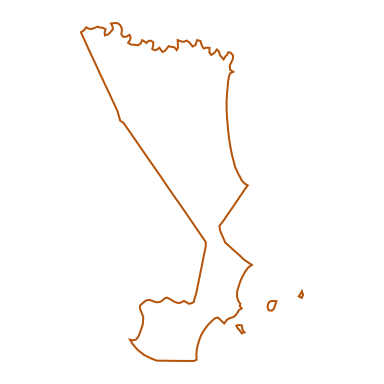 Cabo Frio, Rio de Janeiro, Brazil (Mercator projection)
{"feature_id": "56859067B63803559021809", "entity_name": "Cabo Frio", "entity_type": "district", "adm_level": 2, "iso_a3": "BRA", "parent_name": "Brazil", "parent_adm1": "Rio de Janeiro", "projection": "mercator", "projection_center": [-42.045, -22.737], "detail": "fine", "context": "isolated", "style": "outline", "palette": "amber", "viewbox_px": 384, "rotation_deg": 0, "n_neighbors": 0, "source": "geoboundaries", "source_scale": "gbopen_adm2", "svg_char_len": 3526}
<svg xmlns="http://www.w3.org/2000/svg" viewBox="0 0 384 384"><path d="M120.2,120.7L123.5,122.8L148.7,159.3L151.9,163.9L160.7,176.5L164.9,182.8L170.8,191.4L174.5,196.7L176.2,199.2L178.0,201.6L192.6,222.8L194.4,225.4L198.0,230.8L200.8,234.8L203.5,238.7L205.8,242.2L205.7,246.5L205.1,249.6L204.3,253.3L203.6,256.9L202.8,260.7L202.1,264.6L201.4,268.0L200.7,271.1L200.2,273.9L199.6,276.9L199.0,279.5L198.3,283.3L197.5,286.9L196.9,290.1L196.1,293.9L194.8,297.7L193.7,302.2L191.5,303.2L188.8,303.8L186.4,302.2L183.9,300.9L181.3,302.4L178.8,303.1L176.3,302.5L173.6,301.3L170.1,299.1L166.9,297.6L164.4,298.6L161.0,301.6L158.0,302.3L155.6,302.1L152.4,300.9L149.6,299.9L146.2,300.4L142.7,303.1L140.2,305.3L139.8,308.1L140.8,310.7L142.1,313.8L143.3,317.4L142.8,324.3L142.0,326.8L141.1,329.6L140.0,332.6L139.0,335.1L137.8,337.5L135.9,339.6L132.7,340.3L130.0,339.7L132.8,344.3L137.7,349.9L144.0,354.9L150.3,358.1L154.2,359.7L156.7,360.6L162.4,360.7L179.4,360.9L193.9,361.0L196.6,359.7L196.4,355.4L196.5,352.1L197.0,348.6L197.7,345.3L198.8,341.5L200.0,338.1L201.1,335.3L202.5,332.8L204.1,330.1L206.3,327.1L208.2,324.7L210.4,322.4L212.6,320.3L215.0,318.3L218.0,317.6L220.4,319.8L222.4,321.9L224.2,323.5L225.6,321.6L227.2,319.5L230.1,318.1L233.7,316.9L236.1,314.7L237.6,312.4L238.8,310.2L241.7,308.5L239.8,306.2L240.3,303.7L238.2,300.7L237.1,297.0L237.0,293.8L237.3,290.7L238.2,287.8L239.2,284.7L240.2,281.6L241.4,278.8L243.0,275.7L244.8,272.3L246.8,269.4L248.8,266.9L251.9,265.0L245.3,260.5L243.1,258.8L239.7,255.5L231.4,248.1L225.2,242.5L220.3,231.1L219.4,225.9L223.4,220.8L228.3,213.5L230.4,210.6L235.3,203.4L238.2,199.2L240.0,196.4L241.8,193.9L244.1,190.3L247.7,185.3L244.7,183.6L242.7,181.6L241.2,179.5L240.1,177.1L238.7,174.7L237.2,171.4L235.7,168.5L234.8,165.9L234.1,163.0L233.4,160.2L232.5,157.0L231.6,153.1L231.0,150.2L230.5,147.4L230.1,144.7L229.6,142.0L229.1,138.5L228.6,134.3L228.1,130.9L227.9,127.9L227.7,125.3L227.5,122.8L227.1,119.2L226.9,114.5L226.6,110.7L226.6,107.3L226.6,103.0L226.6,99.5L226.9,96.1L227.1,92.6L227.5,88.9L227.8,85.3L228.0,82.1L228.5,79.3L229.0,76.5L230.1,73.4L233.2,71.8L230.1,69.9L229.7,65.9L231.6,61.7L232.9,58.8L233.0,55.4L230.5,52.6L228.2,52.3L227.2,54.6L225.5,56.3L223.5,59.4L219.9,55.1L219.0,51.5L216.9,49.5L214.6,52.6L211.3,55.0L209.4,52.6L209.5,47.8L206.3,47.7L203.7,48.5L201.8,45.5L200.5,41.0L197.1,40.1L195.5,45.1L192.6,46.5L189.9,43.0L186.8,40.6L183.6,41.8L180.7,41.3L177.7,40.0L177.8,43.4L178.0,47.5L176.7,50.1L174.5,47.3L171.2,46.9L168.7,46.1L166.8,48.5L165.0,50.8L162.6,52.0L160.9,49.9L159.4,47.7L157.2,49.5L154.7,50.3L152.3,49.0L153.2,45.4L153.3,42.3L150.9,40.7L148.6,40.9L146.5,43.0L144.4,41.5L142.2,40.1L140.6,43.6L137.8,45.3L134.2,44.7L131.0,44.6L128.1,42.8L130.0,40.0L130.6,37.4L129.5,34.8L126.6,36.6L123.3,36.9L121.3,34.3L121.9,30.4L121.6,27.7L120.1,25.1L118.1,23.4L115.4,23.0L111.0,23.5L112.5,26.3L112.9,29.2L111.0,31.6L108.3,34.3L105.0,35.4L104.6,32.2L105.7,29.3L102.6,27.7L100.0,27.6L97.6,26.6L95.5,27.6L91.4,29.1L88.3,28.5L86.2,27.3L83.9,30.4L80.9,32.2L82.5,35.8L83.9,38.6L85.4,42.0L86.8,45.1L88.6,49.2L91.5,55.4L94.0,60.7L97.1,67.4L100.2,74.2L102.0,77.9L104.6,83.6L109.5,93.9L112.8,101.1L114.1,103.8L117.5,111.1L120.2,120.7ZM273.7,309.0L275.0,305.7L276.4,301.2L272.6,300.9L269.6,301.6L268.0,304.2L267.5,306.9L268.7,310.2L271.8,310.7L273.7,309.0ZM244.5,332.3L242.5,330.0L241.9,325.4L238.7,325.0L236.3,325.7L237.5,328.0L240.0,330.8L241.8,333.4L244.5,332.3ZM303.1,294.8L301.9,291.2L300.4,294.0L298.7,296.3L301.7,297.9L303.1,294.8Z" fill="none" stroke="#b45309" stroke-width="2"/></svg>